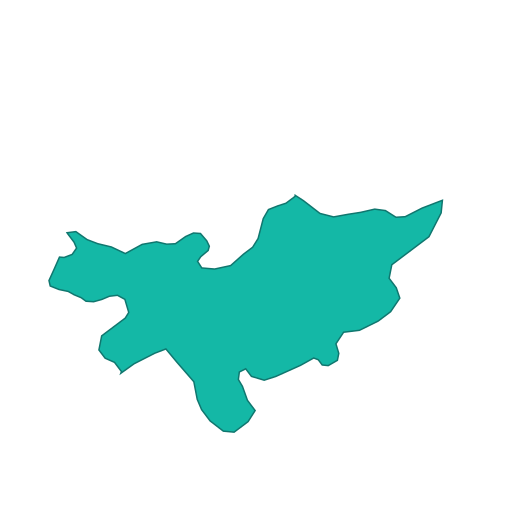 map outline of Studeničani (Equal Earth projection), rotated 233°
{"feature_id": "MKD-2912", "entity_name": "Studeničani", "entity_type": "Statistical Region", "adm_level": 1, "iso_a3": "MKD", "parent_name": "North Macedonia", "parent_adm1": "", "projection": "equal_earth", "projection_center": [21.451, 41.794], "detail": "fine", "context": "isolated", "style": "filled", "palette": "teal", "viewbox_px": 512, "rotation_deg": 233, "n_neighbors": 0, "source": "natural_earth", "source_scale": "10m", "svg_char_len": 1519}
<svg xmlns="http://www.w3.org/2000/svg" viewBox="0 0 512 512"><g transform="rotate(233 256 256)"><path d="M146.2,348.9L138.6,346.4L135.8,345.5L130.5,330.0L130.5,314.5L134.4,293.9L142.4,280.1L137.8,267.0L128.4,263.5L123.7,258.2L125.0,247.7L129.1,243.3L135.7,243.3L139.8,240.7L141.9,225.7L147.9,199.3L151.9,187.8L162.6,179.9L172.1,179.9L173.4,172.9L168.0,167.6L160.0,166.7L145.9,162.3L133.1,162.3L128.5,150.0L128.5,132.5L135.8,124.5L151.9,120.1L166.1,120.1L176.9,122.8L193.0,130.7L219.1,128.9L236.0,128.1L239.3,116.6L243.3,93.8L243.7,77.5L244.7,79.0L247.3,79.0L256.2,79.0L265.2,74.0L275.5,74.0L285.1,84.7L285.1,100.5L285.1,114.2L287.5,120.4L300.3,125.2L308.0,121.7L312.1,114.7L314.1,106.7L317.2,98.8L322.2,93.0L327.9,91.3L334.7,87.3L336.0,86.8L340.7,84.7L347.8,78.5L354.9,74.2L355.9,73.6L361.0,75.9L366.7,86.4L373.4,98.4L370.3,101.9L367.9,110.1L370.3,117.5L376.5,119.0L387.3,119.0L388.3,119.1L383.9,126.8L370.7,131.0L361.1,137.0L350.3,145.9L336.6,153.1L333.8,172.1L327.1,185.2L319.2,191.8L314.3,199.0L313.9,211.5L312.0,219.9L307.4,225.2L297.8,225.8L291.9,224.6L289.2,221.1L288.7,211.5L286.9,206.1L279.1,205.5L270.5,215.1L263.6,230.0L265.0,247.3L265.0,258.6L268.7,268.2L281.5,284.3L285.6,293.9L282.8,304.0L280.1,311.7L280.1,323.1L280.9,323.8L271.6,327.2L251.5,332.7L240.5,341.5L233.8,354.8L227.9,365.8L222.0,379.0L214.4,386.7L202.7,391.1L197.6,398.8L194.3,417.5L189.5,434.3L188.3,438.4L179.0,429.8L167.3,405.7L167.3,391.9L167.3,359.2L158.1,348.9L146.2,348.9Z" fill="#14b8a6" stroke="#0f766e" stroke-width="1.5"/></g></svg>